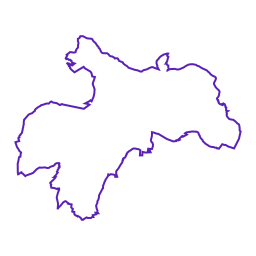 Vultureni, Cluj, Romania
{"feature_id": "2599482B57852865325631", "entity_name": "Vultureni", "entity_type": "district", "adm_level": 2, "iso_a3": "ROU", "parent_name": "Romania", "parent_adm1": "Cluj", "projection": "natural_earth1", "projection_center": [23.551, 46.958], "detail": "fine", "context": "isolated", "style": "outline", "palette": "violet", "viewbox_px": 256, "rotation_deg": 0, "n_neighbors": 0, "source": "geoboundaries", "source_scale": "gbopen_adm2", "svg_char_len": 5695}
<svg xmlns="http://www.w3.org/2000/svg" viewBox="0 0 256 256"><path d="M240.6,131.4L239.9,130.9L239.6,130.3L239.7,128.4L239.3,125.6L238.8,124.3L237.2,123.3L235.7,121.7L233.5,119.9L230.2,119.3L229.1,118.9L227.2,116.7L226.7,115.4L226.6,114.7L227.0,114.0L226.5,112.7L226.9,111.8L227.9,111.1L226.5,110.9L226.1,110.6L226.2,109.7L226.0,108.9L226.3,107.8L225.5,107.1L225.7,106.8L225.3,106.2L225.4,105.9L224.7,104.2L223.8,103.7L223.8,104.2L223.1,104.3L221.6,103.8L222.7,104.7L222.7,105.0L222.4,105.1L221.3,104.3L221.1,104.5L220.1,104.2L218.8,103.1L218.8,102.6L218.5,102.2L218.6,101.6L218.3,101.5L218.2,101.0L218.2,100.3L217.8,100.4L216.9,98.6L217.2,98.0L218.3,96.9L219.1,94.8L219.1,93.8L219.5,92.3L219.5,91.4L219.0,90.5L216.5,88.1L215.4,86.8L214.0,84.0L214.0,83.0L215.8,79.3L215.9,77.8L215.0,76.8L212.9,75.9L210.7,74.4L209.2,72.5L208.3,71.9L206.7,70.3L201.8,68.1L198.9,66.2L197.2,65.7L195.9,64.8L192.6,64.2L190.1,64.3L188.4,64.7L186.1,65.8L183.6,67.5L179.1,69.4L177.2,69.5L174.3,68.8L173.0,69.0L171.1,69.0L169.0,69.5L167.5,70.4L167.5,70.1L168.8,69.1L168.3,67.6L168.3,65.5L167.3,65.0L166.4,63.6L166.0,63.6L166.5,63.1L166.2,62.5L167.1,61.5L167.8,58.3L168.4,56.9L167.2,55.8L167.2,55.3L168.1,53.6L167.3,53.5L163.6,54.6L160.5,56.5L158.6,58.6L158.5,59.1L157.7,59.7L156.6,61.1L156.5,63.6L157.3,65.5L157.2,66.5L158.7,69.4L154.7,68.0L152.9,67.2L152.0,67.1L149.6,67.9L146.8,69.4L144.1,70.0L142.7,70.7L141.9,71.5L140.6,71.6L137.7,70.4L134.4,69.7L128.5,67.7L127.2,66.3L124.5,64.5L123.1,63.3L123.0,62.6L122.7,62.3L119.1,60.9L118.6,59.9L118.1,59.3L118.1,58.9L117.6,58.4L116.0,58.2L114.9,58.5L114.1,57.5L112.1,56.4L111.1,56.4L109.8,55.9L108.3,54.1L107.2,53.3L103.1,53.2L102.1,52.9L100.8,51.3L100.0,49.2L98.7,47.9L98.6,47.0L97.2,45.7L97.0,45.2L96.3,44.4L96.1,43.8L95.4,42.9L93.6,41.4L91.9,38.8L87.5,38.4L86.5,38.1L83.0,36.2L80.3,36.2L79.4,38.1L77.9,38.8L77.9,41.3L78.3,42.0L78.5,43.5L78.0,44.9L78.1,47.0L77.8,47.8L76.6,49.1L75.7,51.1L75.6,52.1L74.5,52.5L72.9,52.5L70.6,52.1L69.6,52.3L69.1,52.9L66.7,54.7L67.3,55.3L66.8,56.0L66.8,56.5L66.1,57.4L65.7,58.3L66.3,59.1L67.0,58.7L68.2,59.1L68.7,59.8L70.4,59.9L70.8,60.6L71.4,60.7L71.4,61.3L72.4,62.7L74.7,63.5L72.9,64.9L72.4,64.3L71.7,64.0L71.4,64.2L71.6,65.1L70.8,64.8L70.2,65.0L69.8,64.6L69.8,64.0L69.2,63.6L67.4,63.2L67.2,63.4L68.8,65.3L68.9,66.2L70.3,67.3L70.1,68.2L71.1,69.4L74.5,72.3L83.6,66.8L84.2,67.4L84.7,68.2L90.5,71.6L91.5,73.2L92.2,76.4L94.9,77.0L93.9,80.3L93.2,81.9L92.7,84.0L94.6,89.2L94.3,93.5L93.5,97.0L91.6,101.3L90.5,100.3L89.6,101.1L85.2,103.4L88.3,104.1L89.5,104.7L83.8,108.8L63.0,104.5L62.1,104.1L61.1,104.3L60.9,104.7L59.7,105.0L56.7,103.1L53.2,102.6L51.4,101.5L50.3,102.0L48.8,103.6L46.6,103.5L42.4,104.9L41.2,105.1L40.8,105.7L38.5,106.9L35.8,108.9L34.9,110.1L34.8,111.0L33.6,111.8L33.1,112.4L31.9,113.3L30.0,113.9L28.5,114.7L24.0,119.9L24.0,120.9L23.7,122.0L23.8,124.2L23.3,125.8L23.2,127.4L22.7,128.6L22.7,129.6L21.8,133.1L20.4,134.5L20.3,135.2L19.6,135.5L19.3,136.5L19.4,137.4L18.5,137.7L18.3,138.2L19.2,141.0L15.4,142.2L17.0,147.1L18.3,148.9L19.4,151.0L21.1,152.5L20.7,153.8L20.4,156.7L19.3,156.9L18.7,158.5L18.7,159.6L17.7,163.6L17.8,172.6L18.1,174.3L18.7,174.1L20.6,172.6L21.4,172.3L21.5,172.9L22.3,173.5L22.7,173.5L25.3,176.1L25.9,175.6L33.0,173.0L36.7,169.2L39.5,167.5L41.1,167.7L45.0,167.4L47.1,168.0L48.8,167.9L50.6,166.7L53.3,165.9L54.5,165.1L55.1,164.1L56.1,163.4L56.7,163.2L59.1,163.1L59.4,163.3L59.4,163.8L58.9,165.0L59.7,166.1L58.8,167.3L59.3,167.6L57.6,170.0L57.7,170.4L56.9,171.8L57.7,172.5L55.3,175.9L54.8,176.1L54.7,176.7L54.4,176.9L54.6,176.9L54.5,177.1L55.6,177.2L54.3,178.9L50.3,182.7L50.2,182.9L50.7,183.4L50.8,184.3L51.2,184.6L50.8,185.4L51.1,186.3L51.3,187.7L54.1,188.0L57.2,189.1L57.4,188.6L59.1,188.5L59.1,189.9L57.9,192.8L56.7,197.5L58.0,203.4L58.0,204.9L57.7,208.4L58.1,208.4L58.3,207.8L60.4,205.8L63.3,202.3L64.7,201.4L65.7,201.2L67.0,202.3L68.6,203.4L68.3,203.8L68.6,203.9L71.6,204.4L71.2,207.4L72.3,208.6L72.8,208.8L72.7,209.6L72.2,211.1L72.4,211.8L74.3,211.9L74.3,214.1L75.4,215.4L76.4,215.6L76.8,216.0L77.6,215.9L77.8,216.4L78.0,216.3L79.0,216.6L80.7,217.9L81.4,218.9L81.7,219.7L82.3,219.8L83.4,219.6L83.5,219.3L86.6,217.4L87.9,218.1L88.5,217.9L90.9,218.0L92.4,216.8L92.6,216.7L92.7,217.0L93.4,217.0L92.7,215.2L96.2,214.3L95.6,212.8L96.9,213.1L98.2,213.2L97.3,211.8L97.4,210.4L96.7,208.8L96.1,205.7L97.4,202.7L97.4,201.3L98.5,199.3L98.9,197.6L99.1,195.3L102.6,188.5L103.0,188.3L102.9,187.9L103.2,186.0L103.1,185.6L104.1,183.4L104.2,182.7L104.4,182.5L104.7,181.5L105.3,180.7L105.5,179.7L107.8,176.4L108.3,174.4L109.4,175.1L110.5,174.2L113.1,174.5L115.2,175.1L115.2,176.8L117.2,176.8L116.2,173.6L116.2,171.6L116.4,171.0L118.3,168.6L121.0,164.1L122.0,162.8L122.7,160.9L122.5,160.7L123.0,159.0L123.4,159.2L124.0,157.9L125.1,157.5L125.7,156.5L125.8,155.8L126.2,155.4L126.4,154.5L126.7,154.3L126.6,153.9L127.5,152.4L127.9,152.3L128.9,151.3L131.0,150.1L132.0,149.2L133.4,148.5L135.4,148.6L138.8,149.3L140.3,150.2L139.9,155.4L142.3,155.4L142.6,151.9L145.7,152.6L150.6,152.3L150.0,150.8L147.9,150.8L148.2,148.7L152.0,149.0L152.9,146.2L153.0,144.4L152.5,143.3L152.4,142.6L151.7,142.2L151.3,141.6L150.9,140.2L151.9,136.0L152.0,132.2L154.9,132.9L155.9,133.5L158.4,133.9L166.9,139.0L173.2,141.4L176.1,141.1L176.1,140.4L176.3,140.2L178.3,140.4L179.6,139.8L178.7,139.2L181.9,136.3L182.3,136.6L182.8,136.1L183.2,136.6L186.9,134.6L185.0,133.3L186.4,132.4L192.2,131.5L196.6,131.7L197.6,132.1L198.4,132.9L198.9,134.5L199.8,135.8L199.8,136.4L200.7,138.1L202.5,140.0L202.8,141.1L205.6,143.8L208.3,145.5L209.0,146.1L211.4,146.9L213.6,147.1L215.2,147.7L216.4,147.7L217.0,148.3L217.2,148.1L218.9,148.7L222.3,144.2L223.8,144.8L225.7,145.0L228.2,146.5L234.1,148.4L239.0,138.7L240.6,131.4Z" fill="none" stroke="#5b21b6" stroke-width="2"/></svg>